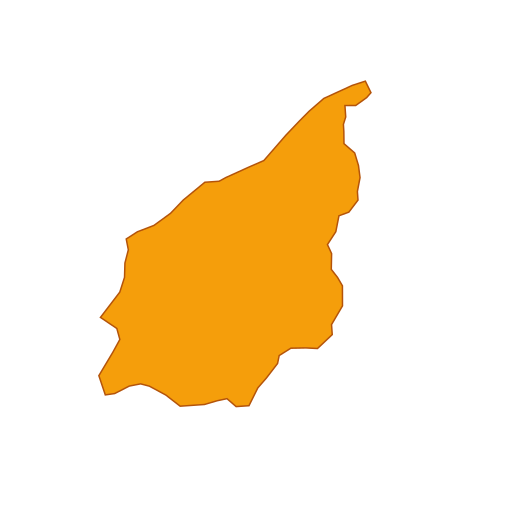 Dals-Ed, Västra Götaland, Sweden (Mercator projection), rotated 41°
{"feature_id": "70781695B56175452529333", "entity_name": "Dals-Ed", "entity_type": "district", "adm_level": 2, "iso_a3": "SWE", "parent_name": "Sweden", "parent_adm1": "Västra Götaland", "projection": "mercator", "projection_center": [11.917, 58.996], "detail": "fine", "context": "isolated", "style": "filled", "palette": "amber", "viewbox_px": 512, "rotation_deg": 41, "n_neighbors": 0, "source": "geoboundaries", "source_scale": "gbopen_adm2", "svg_char_len": 1035}
<svg xmlns="http://www.w3.org/2000/svg" viewBox="0 0 512 512"><g transform="rotate(41 256 256)"><path d="M223.8,52.3L216.7,64.1L203.8,92.6L201.1,111.9L200.2,125.6L199.3,144.9L199.3,168.7L199.3,178.8L191.9,194.4L181.8,216.5L179.1,223.8L169.0,233.9L164.4,261.4L163.5,279.8L158.9,299.9L150.6,315.5L146.9,328.3L155.6,335.1L161.7,347.3L170.8,358.4L176.9,372.6L178.9,404.4L198.5,402.0L208.0,408.3L211.1,422.5L215.9,449.4L233.4,459.7L239.6,452.5L245.7,437.3L252.8,428.2L260.9,424.2L279.1,420.1L297.3,419.1L299.5,416.9L304.4,412.0L314.5,401.9L321.6,390.8L327.7,382.7L339.8,382.7L348.9,373.6L343.9,354.3L343.9,341.2L342.8,323.0L338.8,315.9L342.8,302.7L354.0,292.6L363.1,285.5L365.1,265.3L358.0,258.2L354.0,236.9L340.8,221.8L331.7,218.7L321.6,216.7L311.5,204.6L302.4,200.5L300.3,185.3L292.2,171.2L297.3,162.0L296.3,146.9L290.2,140.8L283.1,128.6L274.0,120.5L262.9,113.5L248.7,113.5L240.6,104.4L235.6,99.3L232.5,92.2L224.4,84.1L232.5,77.0L235.6,63.9L235.6,57.3L235.1,57.1L223.8,52.3Z" fill="#f59e0b" stroke="#b45309" stroke-width="1.5"/></g></svg>